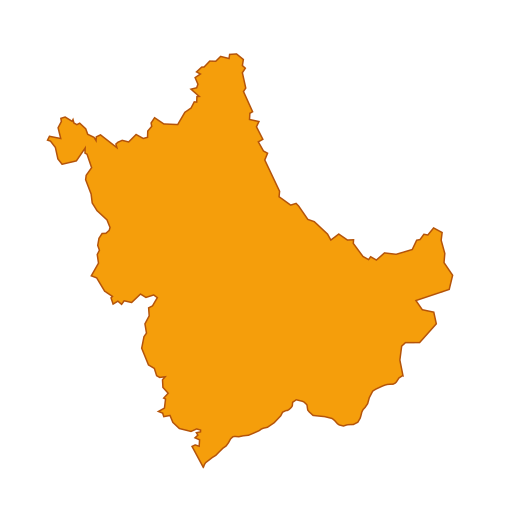 Kavadartsi, Kavadartsi, North Macedonia, rotated 353°
{"feature_id": "65306769B96152204239158", "entity_name": "Kavadartsi", "entity_type": "district", "adm_level": 2, "iso_a3": "MKD", "parent_name": "North Macedonia", "parent_adm1": "Kavadartsi", "projection": "mercator", "projection_center": [22.001, 41.309], "detail": "fine", "context": "isolated", "style": "filled", "palette": "amber", "viewbox_px": 512, "rotation_deg": 353, "n_neighbors": 0, "source": "geoboundaries", "source_scale": "gbopen_adm2", "svg_char_len": 3235}
<svg xmlns="http://www.w3.org/2000/svg" viewBox="0 0 512 512"><g transform="rotate(353 256 256)"><path d="M304.4,211.6L302.2,208.7L296.6,209.7L286.1,200.0L287.3,194.7L276.4,161.8L280.0,155.4L276.2,152.7L272.2,143.0L277.0,141.0L272.2,127.8L275.3,122.9L266.2,119.7L267.3,113.6L270.2,112.4L263.6,91.2L266.3,88.1L264.8,72.4L268.3,68.3L265.7,65.3L267.4,59.4L261.3,53.1L254.4,52.7L253.3,56.7L245.2,53.6L239.8,57.8L233.8,56.9L227.5,62.1L225.1,61.9L219.4,66.0L223.0,68.6L217.3,71.5L219.3,78.4L217.6,81.8L211.8,82.5L219.1,90.7L216.8,90.6L215.9,96.0L213.5,95.5L209.6,101.2L202.9,104.7L194.3,116.0L180.6,113.7L172.2,106.4L168.1,111.2L168.3,114.6L163.8,118.8L162.8,125.0L158.4,125.6L151.8,120.8L143.5,127.3L137.3,124.9L132.9,126.2L130.6,127.8L131.1,131.5L116.4,116.8L112.0,118.3L111.3,122.0L109.7,118.5L103.8,114.7L102.5,109.0L97.2,102.7L94.2,103.8L91.5,101.8L91.0,98.3L89.9,99.9L83.5,94.8L79.1,95.6L79.2,98.8L75.2,104.6L76.5,115.6L65.6,112.0L63.2,115.6L66.0,116.9L70.1,123.8L71.2,135.5L74.7,141.3L89.3,139.7L99.6,128.0L98.8,133.0L100.7,134.4L103.6,148.3L97.3,155.2L96.2,159.5L99.9,174.4L99.9,183.4L103.7,191.6L112.5,202.0L114.6,209.9L113.4,212.7L109.8,215.2L106.0,214.9L102.3,219.3L100.2,226.2L101.3,231.2L98.6,235.2L98.8,243.9L90.1,255.6L95.2,258.3L101.5,272.5L108.6,278.6L107.0,279.9L108.3,286.3L113.4,284.0L116.7,287.6L119.7,284.4L126.9,287.0L136.7,279.7L141.7,283.7L149.7,282.2L153.0,285.3L147.2,292.9L143.1,294.4L142.7,302.4L137.5,309.8L137.9,319.2L135.0,322.4L131.3,333.6L136.0,351.0L141.4,355.2L142.8,362.7L145.6,364.8L151.1,364.8L148.1,367.5L147.6,375.1L152.1,381.5L147.1,385.8L148.8,386.9L146.6,395.8L140.2,398.4L144.2,400.6L144.9,404.2L151.2,403.8L153.2,411.0L158.9,417.9L170.1,422.2L176.0,420.4L179.8,422.0L179.5,423.8L175.3,424.1L176.5,426.7L173.3,429.0L177.6,431.6L176.4,437.9L172.6,436.1L169.3,437.2L177.9,459.3L178.2,459.0L179.2,457.0L179.7,456.3L180.5,455.3L181.1,454.8L188.0,450.7L191.9,448.9L195.1,446.3L199.8,442.7L203.2,440.9L206.0,437.9L208.5,434.4L211.0,432.6L213.0,432.5L216.9,433.3L221.4,432.9L226.7,433.0L232.4,431.4L237.3,429.9L238.3,429.5L240.2,428.4L242.4,427.8L246.5,427.4L253.7,423.7L261.1,417.6L263.3,414.3L266.7,413.1L268.5,413.1L270.2,412.3L271.9,411.1L273.2,409.9L273.8,409.0L274.1,407.7L274.5,405.7L278.4,403.6L284.0,405.7L285.5,406.5L286.2,407.2L288.2,409.6L288.5,410.6L288.5,412.8L288.6,415.2L289.8,417.2L293.2,421.2L298.0,422.3L304.6,423.8L311.4,426.4L312.3,427.1L314.0,428.9L316.4,432.4L318.0,433.8L322.1,435.4L325.6,434.7L327.5,434.7L332.1,435.1L336.8,433.4L339.6,429.7L340.7,427.2L342.1,423.6L343.6,421.4L345.8,419.6L348.8,416.2L351.2,410.4L354.5,405.6L355.3,404.4L357.0,403.5L359.1,402.6L364.7,400.8L366.4,400.3L368.5,399.8L370.7,399.5L373.2,399.6L376.5,399.9L378.7,399.1L380.0,398.1L383.0,394.5L386.7,392.7L387.3,392.9L386.1,376.8L389.6,363.2L393.8,360.2L407.8,361.9L426.7,345.3L425.6,333.4L414.5,329.6L409.3,319.7L443.7,312.7L448.8,299.1L441.8,285.5L443.7,276.5L441.7,262.9L443.6,255.4L435.7,249.8L429.1,256.1L425.3,254.9L420.8,259.7L417.4,259.9L411.9,268.6L395.3,271.4L383.9,268.6L375.0,274.7L369.7,270.7L367.3,273.3L362.1,269.5L354.1,255.4L354.8,251.8L348.7,251.3L340.8,244.3L332.2,249.3L329.7,243.0L318.0,229.0L311.9,226.0L304.4,211.6Z" fill="#f59e0b" stroke="#b45309" stroke-width="1.5"/></g></svg>